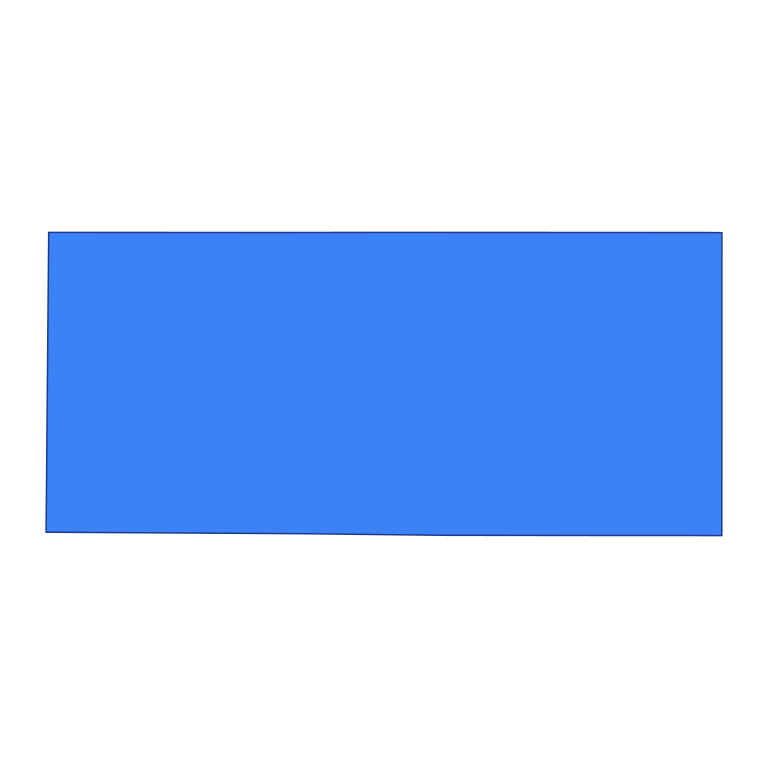 Dickey, North Dakota, United States of America
{"feature_id": "52423323B72146276319196", "entity_name": "Dickey", "entity_type": "district", "adm_level": 2, "iso_a3": "USA", "parent_name": "United States of America", "parent_adm1": "North Dakota", "projection": "equal_earth", "projection_center": [-98.514, 46.11], "detail": "fine", "context": "isolated", "style": "filled", "palette": "blue", "viewbox_px": 768, "rotation_deg": 0, "n_neighbors": 0, "source": "geoboundaries", "source_scale": "gbopen_adm2", "svg_char_len": 333}
<svg xmlns="http://www.w3.org/2000/svg" viewBox="0 0 768 768"><path d="M48.7,232.4L46.1,532.2L114.0,532.6L114.7,532.6L236.7,533.3L303.7,533.7L383.9,534.6L446.6,535.3L601.6,535.5L602.3,535.5L679.6,535.5L721.8,535.6L721.9,232.7L703.1,232.5L386.8,232.4L279.5,232.5L48.7,232.4Z" fill="#3b82f6" stroke="#1e3a8a" stroke-width="1.5"/></svg>